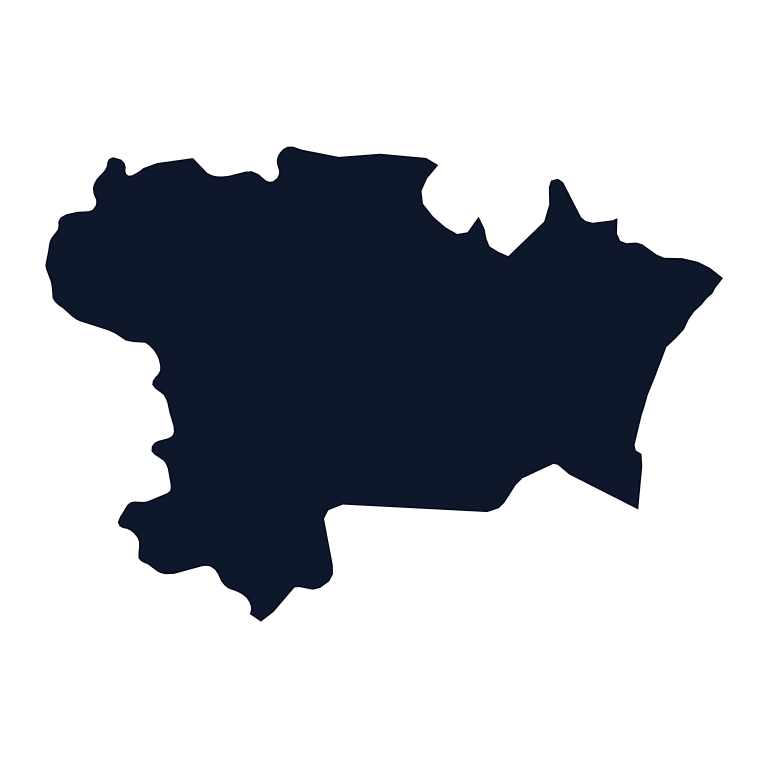 Aude, Albers equal-area conic projection
{"feature_id": "FRA-5271", "entity_name": "Aude", "entity_type": "Metropolitan department", "adm_level": 1, "iso_a3": "FRA", "parent_name": "France", "parent_adm1": "", "projection": "albers", "projection_center": [2.266, 43.047], "detail": "fine", "context": "isolated", "style": "filled", "palette": "ink", "viewbox_px": 768, "rotation_deg": 0, "n_neighbors": 0, "source": "natural_earth", "source_scale": "10m", "svg_char_len": 2898}
<svg xmlns="http://www.w3.org/2000/svg" viewBox="0 0 768 768"><path d="M721.9,278.3L714.7,287.5L711.9,292.9L706.0,298.1L701.1,304.2L693.6,311.1L688.1,318.9L683.2,329.2L675.2,337.8L665.7,346.7L661.5,357.9L658.0,367.0L653.8,378.2L647.1,394.5L644.0,405.6L641.0,415.0L636.8,432.2L633.8,445.0L635.1,451.0L640.8,454.4L641.5,466.3L638.1,502.3L637.6,508.3L569.8,473.9L558.1,464.1L553.3,463.0L522.1,477.6L515.3,484.3L503.8,502.2L498.4,507.5L487.2,511.3L342.6,503.8L327.7,509.7L323.2,518.7L332.0,564.9L332.2,574.0L328.6,580.8L319.6,587.3L312.6,588.9L299.5,586.3L294.1,586.7L273.0,611.4L260.9,620.7L250.6,613.7L250.9,613.4L251.8,610.0L251.7,606.2L250.0,601.7L247.0,597.2L242.1,593.3L237.4,590.9L228.9,587.8L225.2,585.0L221.9,580.9L218.7,573.8L215.5,569.1L210.7,565.7L206.5,565.0L202.1,565.4L174.0,573.1L165.9,573.4L162.0,572.7L158.3,571.1L148.1,563.6L144.6,562.2L141.5,560.5L139.2,557.8L139.3,551.5L139.9,546.8L139.8,541.8L138.2,537.4L134.3,532.5L130.7,529.7L126.9,528.0L123.1,527.3L120.2,525.6L118.6,522.2L120.8,517.0L123.5,512.9L125.7,508.9L128.1,505.2L131.3,502.9L134.8,502.3L142.7,502.7L147.1,502.3L167.8,493.7L170.7,491.4L171.5,488.2L171.4,484.5L168.5,468.2L166.8,464.0L164.4,460.3L155.0,454.0L152.3,450.9L152.6,446.5L155.2,443.3L158.7,441.5L166.7,439.5L170.3,438.1L173.4,435.8L174.7,431.7L174.3,426.4L170.1,412.0L168.2,403.0L166.5,398.4L164.0,394.1L155.6,387.8L153.1,384.6L153.5,381.3L155.8,377.9L158.8,374.6L160.9,370.6L161.0,366.1L159.7,359.9L157.6,354.7L154.4,349.8L149.8,345.0L145.5,342.0L133.0,341.2L126.1,339.8L115.3,332.7L108.7,329.7L80.0,320.5L76.3,318.6L72.3,315.7L63.1,307.4L59.0,304.7L55.7,301.6L53.3,297.8L52.7,288.1L51.6,281.6L47.0,269.5L46.1,265.3L48.8,251.6L50.2,242.6L51.9,238.5L58.5,230.0L59.3,225.9L59.0,222.0L61.1,218.1L66.4,215.1L77.3,212.6L89.3,211.9L93.0,210.5L96.5,205.7L97.1,202.1L96.8,199.3L95.2,196.0L94.1,192.3L93.7,188.0L94.9,183.8L97.2,179.7L100.2,176.3L103.4,173.1L106.1,169.7L107.6,166.1L108.1,162.4L109.6,159.5L113.5,158.1L120.8,160.3L123.9,163.5L124.9,167.2L124.6,170.9L125.4,174.3L128.3,176.5L132.6,176.0L139.5,172.1L143.9,168.7L157.4,163.8L192.7,158.9L206.5,173.3L210.2,175.3L213.9,176.6L218.1,177.2L223.4,177.2L229.3,176.5L245.5,172.4L251.6,172.0L258.1,174.8L265.8,181.4L269.5,182.6L273.4,182.0L277.7,178.6L279.6,175.0L279.9,171.0L277.7,163.5L277.6,159.9L278.6,156.4L280.7,152.8L283.6,149.7L287.7,147.5L292.7,147.3L301.6,150.4L338.7,157.7L379.9,154.5L425.9,158.7L437.1,165.3L426.3,178.2L420.7,191.0L422.2,204.0L432.9,217.5L445.3,228.1L457.0,234.8L468.0,233.0L478.5,218.2L483.8,229.1L485.7,238.9L488.9,246.9L498.0,252.5L508.4,257.1L544.8,222.0L550.0,204.7L549.6,187.6L551.6,181.2L557.8,179.6L562.6,182.9L580.5,217.8L585.3,221.7L592.5,223.6L613.1,221.0L616.6,219.3L616.2,233.9L619.7,241.5L626.5,244.0L636.0,243.3L641.9,245.0L656.2,255.2L663.2,258.2L662.9,258.5L682.0,258.9L697.8,262.6L709.8,268.7L721.9,278.3Z" fill="#0f172a" stroke="#020617" stroke-width="1.5"/></svg>